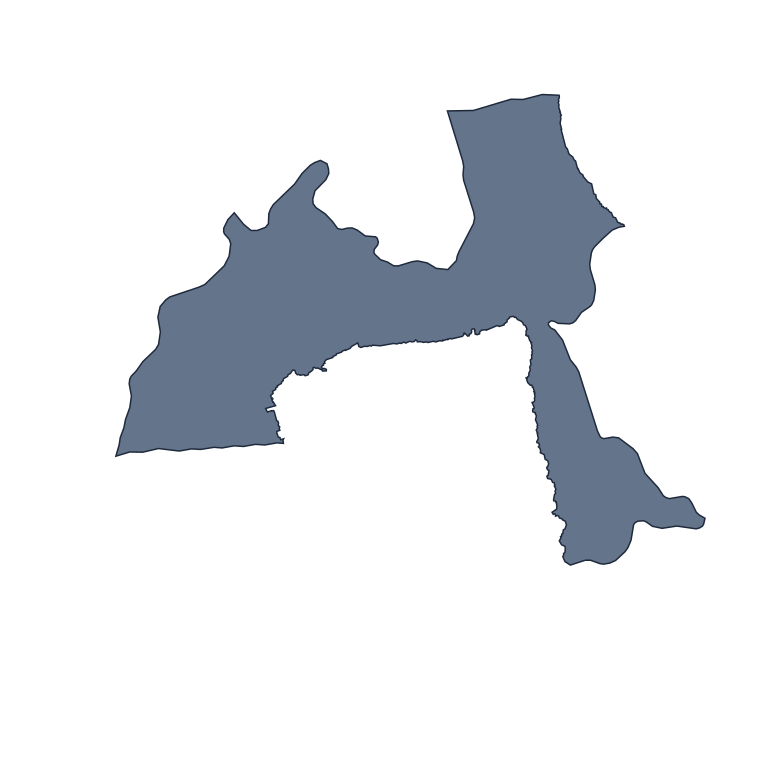 Sánchez, Samaná, Dominican Republic, rotated 72°
{"feature_id": "3306468B64693584443826", "entity_name": "Sánchez", "entity_type": "district", "adm_level": 2, "iso_a3": "DOM", "parent_name": "Dominican Republic", "parent_adm1": "Samaná", "projection": "orthographic", "projection_center": [-69.614, 19.143], "detail": "fine", "context": "isolated", "style": "filled", "palette": "slate", "viewbox_px": 768, "rotation_deg": 72, "n_neighbors": 0, "source": "geoboundaries", "source_scale": "gbopen_adm2", "svg_char_len": 6158}
<svg xmlns="http://www.w3.org/2000/svg" viewBox="0 0 768 768"><g transform="rotate(72 384 384)"><path d="M151.7,375.4L152.0,381.7L153.2,386.5L158.5,397.0L166.2,407.2L179.1,433.7L182.4,437.7L186.4,440.9L195.8,444.4L198.4,448.3L198.8,457.2L196.9,463.0L188.7,468.2L174.9,473.5L179.4,481.6L186.2,488.2L189.5,489.4L191.8,489.4L198.6,486.5L203.2,486.4L214.6,491.8L222.2,499.4L234.0,523.6L234.7,530.0L235.0,560.8L236.5,565.4L241.1,572.9L250.6,578.4L265.4,580.6L276.7,586.2L280.5,590.5L288.2,606.4L295.1,615.7L298.4,621.9L300.8,624.3L305.1,626.3L317.3,627.9L327.8,633.0L337.9,640.8L345.4,645.0L353.5,651.4L359.9,654.6L369.8,661.3L370.1,646.8L374.3,634.5L375.7,618.4L384.5,599.4L386.2,587.3L389.6,578.5L391.7,565.2L394.8,557.7L396.5,545.6L400.0,536.9L401.7,524.8L405.2,516.1L406.9,504.0L409.4,498.0L406.1,497.4L405.1,496.4L405.1,499.5L402.7,499.5L401.8,501.0L396.9,501.0L395.9,500.5L395.9,497.4L394.0,497.4L392.5,496.4L390.6,497.4L388.6,496.4L386.7,496.4L385.7,497.4L376.0,496.9L375.1,497.4L375.1,499.0L374.6,499.0L374.6,503.6L370.7,504.1L371.1,493.8L366.8,494.9L366.8,495.4L363.9,495.4L363.9,494.4L362.9,494.4L362.4,495.4L360.0,495.4L358.6,492.3L356.6,492.3L355.7,488.7L354.2,488.2L353.7,486.1L352.7,486.1L351.8,481.5L350.3,480.5L349.8,479.0L347.9,477.9L346.9,473.3L345.5,472.3L345.0,469.7L342.6,466.6L343.5,464.6L346.4,464.6L348.4,463.6L348.4,462.5L349.8,461.0L350.3,457.4L351.8,456.4L351.8,453.3L349.8,451.7L349.8,450.2L348.4,447.1L346.9,446.6L346.4,445.6L347.9,444.0L348.4,442.0L351.8,438.4L352.7,438.4L353.7,434.8L352.3,434.3L350.8,435.8L350.3,437.9L348.9,438.4L347.4,436.9L347.4,435.8L346.0,435.3L346.0,433.8L344.5,433.8L343.0,431.2L343.0,424.5L342.1,424.0L341.6,420.4L340.6,419.9L340.6,414.8L339.7,412.7L339.7,410.2L340.1,410.2L339.7,405.5L338.2,403.0L336.8,396.3L340.6,396.3L342.1,394.7L342.1,390.6L343.1,388.6L343.1,385.5L344.0,384.5L343.5,382.9L346.5,375.8L348.4,362.4L349.9,359.3L349.9,356.2L350.8,355.2L350.3,352.1L351.8,350.6L351.3,346.5L352.8,343.9L352.8,341.9L351.8,340.3L352.8,339.3L354.2,339.3L355.2,335.7L356.6,333.7L357.1,330.6L358.1,329.5L358.6,323.9L360.0,321.8L360.0,317.7L361.0,315.7L360.5,314.7L361.0,314.7L361.0,309.5L361.5,309.5L361.0,307.0L362.0,305.9L362.9,294.6L361.5,292.6L360.5,292.6L360.5,291.6L364.4,289.5L364.4,288.0L363.0,287.4L363.0,285.9L361.5,284.4L360.0,284.4L359.1,283.3L359.1,281.3L361.0,280.8L361.0,281.3L364.9,281.8L364.9,280.8L365.9,280.3L365.9,277.7L363.9,276.7L363.0,274.6L363.9,270.0L364.4,270.0L363.4,258.2L364.9,256.6L364.9,251.5L363.9,251.0L363.0,247.9L361.0,246.9L360.0,244.3L359.1,243.8L359.6,240.2L361.0,239.2L361.0,238.2L363.9,237.1L366.8,234.0L368.8,233.0L370.7,233.0L372.2,231.5L376.0,231.0L377.5,232.5L380.9,233.5L381.4,234.6L381.4,233.5L382.8,233.0L382.8,232.0L387.7,232.0L390.1,231.0L390.1,231.5L393.0,231.5L395.0,232.5L398.3,232.5L399.3,233.5L401.2,233.5L401.7,234.6L405.6,235.6L406.1,237.1L407.1,237.6L410.9,238.2L412.9,240.2L416.3,240.7L418.2,242.8L421.1,243.8L421.6,245.3L422.6,245.9L422.1,246.9L427.0,246.9L430.3,245.3L430.8,243.8L432.8,243.8L432.8,243.3L437.6,243.3L437.6,243.8L439.1,243.3L439.1,243.8L442.9,244.3L443.9,245.3L446.3,245.8L447.3,246.9L447.3,248.9L452.6,248.4L453.6,248.9L453.6,250.0L455.6,251.0L456.5,251.0L458.0,248.9L458.5,249.4L461.4,248.9L464.8,251.0L470.6,250.5L471.5,251.5L473.0,251.5L474.9,253.5L477.9,253.0L477.9,253.5L483.7,254.1L486.1,256.6L487.1,256.6L488.0,255.1L490.5,255.1L491.4,256.6L493.4,255.6L495.8,255.6L497.7,256.6L500.6,253.5L505.5,254.0L507.4,252.0L510.3,252.0L512.3,253.0L513.7,255.1L515.7,255.1L517.6,254.0L521.5,256.1L522.0,257.6L524.4,257.6L526.3,254.5L529.7,254.0L530.7,252.5L533.6,253.0L533.6,253.5L537.0,253.0L538.9,254.5L540.9,254.5L541.9,256.1L546.7,258.6L547.7,258.6L548.2,257.1L549.6,257.1L549.6,256.6L554.5,257.6L556.4,258.6L557.9,263.8L560.3,263.3L560.3,261.7L561.3,261.2L562.7,261.7L562.7,259.7L563.7,258.6L565.6,258.6L567.6,256.1L568.5,256.1L570.5,254.0L574.3,254.0L577.7,256.6L578.2,258.6L581.6,260.2L581.6,261.2L583.6,262.2L583.6,263.2L585.0,263.2L587.4,265.8L591.8,264.8L594.2,262.2L595.7,262.2L599.6,263.7L601.0,265.8L602.0,265.8L603.4,267.3L608.8,266.8L613.8,262.7L613.8,247.1L615.4,242.1L621.6,234.1L623.2,230.8L624.1,224.6L623.4,218.3L618.0,206.6L614.9,202.5L609.0,197.4L595.0,190.1L593.6,188.3L592.9,185.0L594.3,179.4L596.4,177.0L602.3,172.7L607.2,164.1L609.6,149.4L618.2,131.9L618.4,128.4L617.6,125.1L616.2,123.4L610.9,120.2L605.9,124.7L602.5,126.6L592.0,128.1L587.2,129.6L584.1,132.8L583.1,135.1L581.2,148.0L579.3,150.8L576.6,152.9L567.4,155.3L549.5,163.4L528.5,164.5L522.5,167.1L507.7,177.5L505.2,182.8L504.0,191.3L502.9,193.4L500.8,194.7L494.5,195.5L432.6,195.0L427.3,196.0L418.5,199.3L397.4,200.6L385.3,204.9L382.3,208.0L378.5,209.4L376.5,208.5L375.6,205.4L377.0,202.7L380.1,199.7L384.1,189.1L384.2,185.5L382.9,182.1L376.9,174.1L373.8,163.7L372.6,161.8L369.3,158.7L360.1,154.0L355.1,152.8L339.0,152.4L333.8,151.4L323.5,146.3L320.8,144.2L318.7,141.5L313.4,131.2L308.1,119.4L307.5,111.9L308.3,106.7L306.7,106.7L305.3,108.2L305.3,109.3L303.8,109.8L302.4,111.8L297.5,112.4L296.1,114.4L291.2,114.9L289.8,116.5L287.4,117.0L286.9,118.0L285.4,118.0L285.4,119.0L284.0,120.6L283.0,120.6L282.5,122.1L280.1,121.6L279.1,123.1L277.7,122.6L273.3,124.7L269.4,124.1L268.0,125.7L257.8,124.7L254.9,127.7L248.6,130.3L246.6,130.3L243.7,132.4L238.9,132.9L238.9,133.4L231.1,132.9L229.7,133.9L226.3,134.4L222.4,137.0L217.1,137.0L214.7,138.0L196.7,136.9L196.7,136.4L190.4,135.9L186.5,133.9L183.6,133.3L183.2,132.3L179.8,132.8L179.8,132.3L174.9,132.3L172.5,131.3L170.1,131.3L169.1,130.3L167.6,130.3L165.7,128.7L163.5,128.2L157.6,144.0L156.4,163.7L152.4,175.2L151.5,214.4L143.9,239.3L196.0,240.2L201.8,241.0L209.4,244.2L214.8,245.3L247.8,245.6L254.0,246.4L259.3,249.5L281.2,271.7L285.1,274.9L289.0,277.0L294.9,287.9L290.2,298.5L282.2,305.5L277.3,314.1L276.4,319.3L276.1,333.9L274.6,338.3L269.1,343.0L264.7,348.9L257.6,352.7L255.6,352.9L253.0,351.7L249.8,347.1L247.3,345.5L243.3,345.4L241.4,346.5L237.4,356.1L229.3,361.9L225.7,366.1L224.4,370.7L224.0,376.4L221.8,380.1L213.5,382.8L204.1,387.3L195.2,394.2L190.6,395.7L186.1,394.6L178.9,389.9L171.7,376.1L166.7,371.4L161.9,370.3L156.9,370.2L151.7,375.4Z" fill="#64748b" stroke="#1e293b" stroke-width="1.5"/></g></svg>